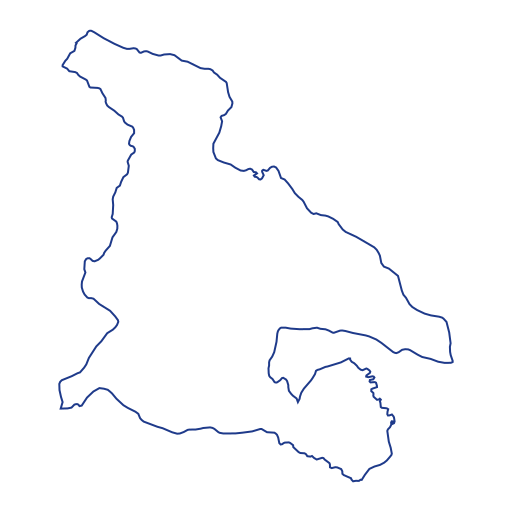 the district of Maukatar, Cova Lima, East Timor
{"feature_id": "22284137B61331736580364", "entity_name": "Maukatar", "entity_type": "district", "adm_level": 2, "iso_a3": "TLS", "parent_name": "East Timor", "parent_adm1": "Cova Lima", "projection": "albers", "projection_center": [125.234, -9.237], "detail": "fine", "context": "isolated", "style": "outline", "palette": "blue", "viewbox_px": 512, "rotation_deg": 0, "n_neighbors": 0, "source": "geoboundaries", "source_scale": "gbopen_adm2", "svg_char_len": 5984}
<svg xmlns="http://www.w3.org/2000/svg" viewBox="0 0 512 512"><path d="M87.5,258.3L86.1,259.1L84.8,261.3L84.3,269.2L85.4,272.5L82.0,281.5L81.7,284.6L81.8,287.5L83.0,291.5L84.6,294.5L87.3,297.5L88.7,298.1L91.1,298.1L93.5,298.7L99.2,304.0L110.1,310.8L115.2,316.4L117.9,320.1L118.3,321.8L117.0,325.0L115.3,327.3L112.8,329.7L107.2,333.2L101.3,341.3L96.3,346.4L88.9,357.9L86.3,364.4L84.1,367.7L80.0,372.4L77.6,373.2L71.7,376.2L61.8,380.2L60.2,381.8L59.3,383.9L59.5,390.1L61.0,396.9L62.6,402.1L60.7,408.6L67.6,408.4L71.5,407.6L74.4,404.6L76.2,404.1L77.6,404.2L78.5,404.8L79.5,406.1L81.7,405.6L87.0,397.6L93.4,391.5L99.4,388.1L103.9,388.7L107.8,389.8L110.0,391.6L112.0,393.4L116.4,398.7L123.4,405.2L127.8,407.9L135.4,411.7L138.3,413.8L140.1,418.2L141.6,419.9L143.7,421.6L157.5,426.8L162.6,428.2L172.2,432.3L177.2,433.7L179.8,433.5L183.8,432.0L187.6,429.9L189.3,429.6L195.7,429.5L200.6,428.7L203.2,428.0L210.1,427.4L212.5,427.9L214.4,428.9L218.3,432.1L219.6,432.8L223.4,433.5L235.5,433.4L242.3,432.7L252.2,431.4L260.2,429.0L261.6,429.0L267.0,432.2L274.5,432.7L275.9,433.7L277.0,434.8L278.2,437.6L279.3,443.1L280.7,444.5L282.4,444.1L283.4,443.2L284.8,442.6L288.8,442.4L290.1,442.9L293.1,445.2L293.3,447.1L298.6,452.1L300.3,453.0L304.6,453.3L306.1,454.3L307.3,456.2L310.4,456.6L312.0,456.0L314.1,458.0L316.7,459.5L322.2,457.8L323.5,458.1L324.6,459.5L329.4,463.1L329.9,464.3L330.0,467.3L331.7,468.1L335.3,467.2L337.2,467.4L341.2,469.1L342.3,471.3L342.4,473.8L343.8,475.1L351.1,478.3L351.4,479.5L353.1,481.3L355.9,480.8L358.9,480.9L360.6,479.7L361.7,479.9L364.9,474.8L369.4,468.9L374.5,466.5L380.0,464.9L384.1,462.7L386.8,460.5L389.9,456.9L391.4,455.0L391.8,453.6L390.7,447.8L388.8,441.6L387.3,430.9L387.9,429.4L390.0,427.2L391.3,424.6L391.1,422.5L391.7,421.3L392.7,421.4L393.0,422.4L392.7,423.8L394.0,423.2L394.6,421.4L394.0,417.5L393.5,416.4L391.9,414.5L389.4,415.4L388.0,415.5L387.3,414.2L387.5,411.7L388.2,409.2L386.9,408.4L385.9,408.2L381.8,407.8L380.8,407.0L380.4,402.8L379.9,401.4L380.8,399.6L379.8,398.7L378.8,399.5L377.0,399.8L373.6,396.7L373.3,395.3L373.5,394.1L373.3,392.9L371.3,391.2L371.3,389.3L372.5,388.6L377.0,387.1L376.9,385.6L376.0,382.7L374.8,382.1L370.5,382.4L369.6,381.5L369.9,380.0L373.3,379.3L374.4,377.5L373.7,376.6L372.4,376.3L368.3,377.2L366.2,376.6L366.4,375.5L369.9,372.9L370.3,371.7L369.5,370.5L367.4,368.9L366.3,368.5L362.6,370.2L360.7,369.7L358.3,367.8L356.8,365.7L354.2,363.2L351.7,361.8L350.1,359.6L350.1,358.5L348.8,358.4L340.9,362.4L327.5,366.5L325.4,366.9L319.8,369.3L317.5,369.9L316.0,370.8L315.0,374.1L312.5,378.2L310.9,380.5L303.9,388.6L301.3,392.7L300.0,396.5L299.6,398.8L297.9,402.1L296.6,398.5L292.9,395.7L291.1,393.8L288.9,390.8L288.3,387.1L288.3,385.1L287.1,381.1L286.0,379.5L283.2,377.8L282.0,378.1L280.2,380.2L277.2,382.3L276.1,382.6L274.6,382.2L272.5,379.0L270.2,377.2L269.2,375.8L268.7,373.3L268.5,368.3L269.1,365.5L269.1,362.3L269.6,360.3L272.2,356.6L274.2,352.2L276.5,341.8L277.3,333.6L277.9,331.3L278.6,330.0L279.9,328.4L281.1,327.7L285.8,327.7L290.7,328.6L299.6,329.2L309.6,329.1L312.4,328.3L317.0,327.7L320.4,328.8L325.5,329.3L328.9,330.6L332.6,332.6L333.8,332.8L340.1,330.6L342.3,330.5L345.4,331.0L353.0,333.0L365.6,335.4L369.1,336.4L376.3,339.5L381.4,342.9L393.2,352.1L395.1,352.9L396.4,353.1L398.7,352.2L402.1,349.8L405.2,349.2L408.2,349.4L410.2,350.2L417.7,354.7L422.2,357.0L430.6,358.9L438.1,361.7L444.7,362.9L450.8,362.8L452.6,362.1L452.7,361.0L450.7,355.1L450.1,351.9L449.9,346.8L450.6,343.3L449.2,332.5L446.5,321.9L443.5,318.6L442.1,317.6L439.1,316.7L430.9,315.4L424.6,313.6L417.0,310.0L412.3,307.0L409.5,304.1L406.0,297.8L403.4,294.7L401.8,290.5L398.0,275.9L388.9,268.6L383.9,266.6L381.3,263.0L379.9,255.7L378.7,253.1L376.7,249.8L374.2,247.3L356.2,236.8L345.8,232.0L342.7,229.5L338.7,224.2L337.7,222.0L333.1,218.8L328.2,216.4L325.4,215.6L320.9,215.1L316.3,213.3L313.6,214.0L311.1,212.7L307.0,208.3L303.6,201.7L302.3,200.0L298.4,196.8L294.8,193.1L292.3,189.0L288.1,183.4L284.6,179.5L281.0,178.0L278.5,170.9L276.1,167.5L274.0,166.5L271.8,166.8L270.0,167.9L267.8,170.5L266.5,170.9L263.3,169.8L262.2,170.6L262.1,171.7L263.7,175.2L262.0,178.4L260.5,179.5L259.1,179.3L257.5,177.6L256.5,177.0L254.7,176.7L253.9,175.5L257.0,173.4L256.0,172.3L253.7,172.0L252.1,169.6L251.1,169.1L250.1,168.7L248.3,169.1L246.0,170.3L243.8,170.9L240.6,170.5L235.3,167.7L230.7,164.5L223.8,162.5L217.8,160.1L215.9,158.4L213.4,152.0L213.2,148.2L213.4,143.7L219.3,132.7L221.2,126.2L222.1,121.3L220.6,117.3L221.6,115.9L224.2,115.1L225.9,113.9L227.9,110.6L231.4,107.1L232.4,103.4L232.3,101.6L229.5,96.8L228.1,92.2L226.7,83.1L226.0,81.9L220.0,77.8L217.2,74.7L214.0,72.5L212.6,70.5L210.4,69.2L208.4,68.8L204.6,68.8L200.5,68.1L187.6,61.7L181.7,60.6L174.5,55.2L170.1,54.1L164.1,54.5L160.7,55.5L158.5,55.5L152.7,53.9L147.7,51.5L146.2,51.2L144.1,51.4L140.9,52.8L139.5,52.5L136.7,49.0L135.5,48.5L133.6,48.2L129.3,48.9L127.0,48.9L123.3,47.8L114.4,43.8L103.7,38.2L94.3,32.3L91.4,30.8L90.0,30.7L89.0,31.0L87.5,32.3L86.7,34.7L85.0,36.1L80.5,38.7L76.0,42.8L76.6,43.3L75.5,45.5L75.4,47.8L74.4,50.9L70.2,53.3L67.2,58.8L65.3,60.8L62.6,65.1L62.6,66.4L67.1,68.6L69.3,71.2L75.2,72.1L77.0,73.0L78.2,74.8L80.0,76.5L85.7,79.5L87.0,80.5L89.4,86.8L90.4,87.5L97.5,87.9L99.2,88.3L100.4,89.0L102.4,93.2L105.5,98.0L105.8,100.4L105.6,101.7L106.1,103.3L107.2,105.5L108.8,107.0L114.3,110.7L118.4,114.4L122.1,116.7L123.0,117.8L124.1,121.3L124.9,122.5L127.5,124.6L132.2,126.6L133.1,127.6L134.1,129.9L134.1,133.2L131.1,136.9L129.4,141.0L129.0,143.8L129.7,145.0L130.8,145.8L132.8,146.3L133.7,147.0L134.8,148.8L134.8,150.3L134.7,151.4L134.2,152.5L131.2,154.6L127.8,160.7L127.6,161.8L128.8,165.8L127.9,172.7L127.1,174.3L123.4,177.1L121.1,181.9L119.9,185.6L116.7,187.9L115.3,192.4L113.2,196.6L112.7,199.3L113.2,205.1L112.7,214.0L111.7,217.2L112.0,218.5L116.3,221.6L117.0,223.4L117.4,225.8L117.3,228.7L116.3,232.0L112.5,237.3L109.9,245.9L105.7,250.6L104.2,252.8L103.5,254.8L99.8,258.5L98.2,259.8L94.6,261.3L92.6,260.9L90.4,258.8L89.4,258.2L87.5,258.3Z" fill="none" stroke="#1e3a8a" stroke-width="2"/></svg>